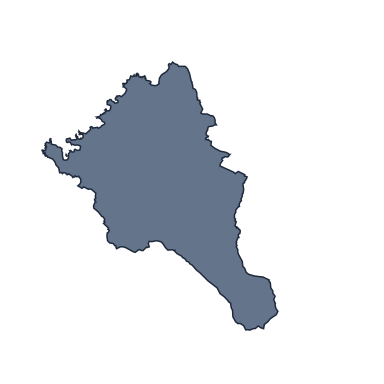 the district of Lombok Tengah, Nusa Tenggara Barat, Indonesia, rotated 130°
{"feature_id": "22746128B98880758851169", "entity_name": "Lombok Tengah", "entity_type": "district", "adm_level": 2, "iso_a3": "IDN", "parent_name": "Indonesia", "parent_adm1": "Nusa Tenggara Barat", "projection": "orthographic", "projection_center": [116.283, -8.682], "detail": "fine", "context": "isolated", "style": "filled", "palette": "slate", "viewbox_px": 384, "rotation_deg": 130, "n_neighbors": 0, "source": "geoboundaries", "source_scale": "gbopen_adm2", "svg_char_len": 6125}
<svg xmlns="http://www.w3.org/2000/svg" viewBox="0 0 384 384"><g transform="rotate(130 192 192)"><path d="M105.0,290.4L107.8,290.1L108.2,291.8L109.1,292.0L110.1,291.5L110.9,289.9L112.4,289.0L116.4,289.0L121.1,290.5L123.4,290.5L126.0,290.0L127.5,288.7L128.9,288.3L130.1,286.8L133.0,287.6L134.3,288.6L136.3,292.1L136.1,294.1L135.3,293.6L134.0,294.3L134.1,295.7L135.9,298.9L135.6,299.9L134.9,300.1L135.1,301.2L134.2,302.0L133.8,301.7L133.5,302.9L135.4,303.6L135.3,304.5L135.7,303.9L136.7,304.0L136.5,305.3L137.5,305.7L137.8,306.5L136.9,308.0L137.2,308.7L136.5,308.7L136.7,309.3L136.1,309.8L136.5,310.4L137.3,310.5L137.8,309.4L138.1,309.8L138.4,309.1L139.1,309.0L139.9,310.2L139.5,311.5L140.5,311.1L141.0,311.7L141.7,311.6L142.5,313.5L146.2,312.1L148.2,313.8L149.5,312.1L150.3,312.6L151.3,312.1L152.4,313.2L153.0,313.0L152.7,313.8L153.1,313.7L153.5,315.3L153.5,314.2L155.8,312.2L155.0,311.5L155.2,308.6L156.0,307.6L159.7,306.7L164.4,307.4L164.8,309.3L166.8,311.2L167.6,310.6L167.9,311.1L169.9,310.8L170.5,309.6L169.5,308.3L169.7,307.4L170.5,306.5L171.8,306.6L173.6,308.3L173.1,309.5L173.8,311.5L173.3,313.3L173.7,314.2L176.1,314.7L176.3,315.3L177.1,315.3L177.3,314.6L177.8,314.7L179.5,313.2L178.2,310.3L178.6,309.1L181.4,307.6L182.8,307.6L184.8,309.4L186.8,310.0L187.4,309.4L188.3,310.4L189.1,310.0L189.5,310.7L191.2,310.9L191.5,311.7L193.2,311.1L195.7,313.1L195.5,312.5L196.3,312.3L195.3,311.5L194.8,309.3L194.7,308.0L195.6,306.0L194.9,304.1L195.6,302.9L196.8,302.7L199.2,303.8L201.2,303.7L203.4,304.8L203.2,306.0L206.8,309.1L206.3,309.8L206.7,311.3L208.1,311.6L208.7,310.2L209.9,310.0L215.5,310.7L218.3,315.8L218.1,317.3L218.5,316.8L218.9,317.2L219.4,315.5L220.4,315.3L220.1,314.7L218.8,314.4L218.3,312.3L219.8,310.7L222.2,310.8L222.5,311.9L223.4,311.6L224.2,312.3L224.1,314.6L223.2,315.2L223.7,316.7L224.2,316.6L225.0,314.2L227.2,314.8L227.5,315.8L229.9,317.7L229.2,320.1L232.1,322.2L233.7,321.2L234.4,320.0L233.8,318.8L232.8,318.6L232.2,317.2L233.3,314.5L232.3,314.2L231.3,311.5L229.7,310.3L228.6,307.5L229.1,306.3L232.1,304.9L234.2,307.0L234.3,308.9L235.1,309.3L236.2,308.5L237.5,308.4L238.4,309.6L238.1,312.2L238.6,311.1L239.0,312.0L239.3,311.1L242.3,311.1L245.1,308.6L247.4,308.2L249.4,309.8L249.9,311.4L247.1,315.0L245.3,316.3L244.3,318.2L242.4,319.4L242.7,322.1L244.0,323.7L243.6,325.9L244.0,327.3L245.8,330.2L243.2,333.0L243.5,333.8L243.1,334.4L243.8,334.5L243.9,333.3L245.4,332.7L245.5,333.2L246.3,333.1L247.2,335.4L249.6,335.4L250.0,334.0L250.8,334.4L251.0,332.4L251.9,332.9L252.4,332.2L252.9,332.6L253.2,331.4L254.7,331.1L256.1,333.7L256.7,333.5L256.4,331.6L257.2,331.1L257.3,331.7L258.0,330.8L257.3,330.7L256.9,330.1L257.5,330.1L256.8,329.4L257.8,329.2L257.7,327.6L258.4,328.1L258.7,327.5L258.2,326.7L257.6,326.8L257.9,325.1L258.6,325.4L257.8,324.8L256.4,319.9L256.6,318.4L257.2,315.9L258.6,313.9L259.3,309.5L262.3,305.8L261.1,304.4L261.2,303.0L259.9,303.1L258.8,301.3L259.1,298.8L258.0,298.1L257.4,298.4L256.9,294.5L257.4,292.7L256.8,292.8L256.4,291.9L255.2,291.4L254.8,291.8L254.6,290.3L252.7,288.8L253.3,288.0L253.5,285.8L255.6,283.6L257.8,283.0L260.7,283.4L259.8,278.6L257.7,278.2L256.6,273.4L254.6,271.1L254.7,265.0L257.8,263.0L258.5,261.7L260.2,262.0L260.9,261.3L261.3,259.5L261.6,259.9L265.9,258.5L267.5,256.9L267.5,250.9L268.7,245.3L268.2,244.3L268.9,241.4L271.0,240.6L271.0,239.3L272.9,239.6L273.3,232.8L274.7,232.4L274.5,230.7L277.0,230.2L278.0,230.6L280.7,228.6L283.6,225.4L283.9,222.3L282.1,219.3L282.7,216.6L283.2,216.6L282.4,216.4L282.3,215.3L283.4,214.5L283.9,213.3L280.2,211.7L278.4,209.8L277.2,207.0L275.5,198.4L274.7,196.7L270.1,195.6L269.1,192.7L268.4,191.9L263.6,191.4L263.4,190.7L261.5,189.5L259.5,192.4L257.2,193.0L255.8,190.8L252.1,187.9L250.1,183.9L250.2,181.3L251.7,176.5L252.0,173.1L248.6,169.6L248.5,168.1L247.7,167.5L248.5,166.9L248.8,163.7L247.8,158.9L248.3,156.8L247.7,154.7L248.5,151.5L247.6,149.5L248.4,147.7L247.9,144.8L248.9,138.7L248.8,133.7L249.8,122.6L249.3,111.1L251.8,105.2L251.5,100.2L252.2,93.7L252.6,93.6L252.4,90.9L255.5,87.5L256.5,85.0L261.4,80.3L263.4,75.1L263.3,72.2L261.7,70.6L261.2,66.5L263.1,62.1L261.6,60.8L260.7,59.0L257.4,57.3L255.8,55.7L252.1,55.2L251.8,52.2L250.7,49.3L246.9,51.5L242.8,50.5L238.8,50.6L231.8,48.6L228.2,49.5L227.2,53.1L224.5,56.4L223.8,56.5L222.0,60.2L218.4,61.4L217.6,65.0L215.9,66.4L214.8,70.0L211.0,73.9L211.0,75.7L209.8,76.3L211.5,82.9L216.0,89.8L218.6,95.5L218.7,98.8L216.6,102.6L216.3,105.3L212.9,108.8L210.0,116.0L208.6,118.4L206.7,119.9L205.5,123.0L204.2,123.0L203.1,125.1L202.0,125.3L201.6,126.1L197.7,127.4L196.7,126.8L195.5,128.8L193.7,129.1L192.9,128.7L190.8,130.0L190.3,130.9L190.6,132.2L190.1,132.5L190.0,134.1L190.8,134.5L189.9,135.5L190.5,135.9L190.1,137.5L186.5,138.9L186.8,139.7L186.2,140.0L186.1,141.1L184.9,141.2L184.4,143.0L181.8,145.0L179.2,145.5L178.0,146.8L174.3,147.0L172.4,146.4L172.0,147.3L170.4,148.2L168.6,148.7L167.0,148.5L165.9,149.9L162.5,150.9L161.4,152.2L160.2,152.0L156.9,154.0L153.1,158.2L150.9,157.8L150.2,158.7L148.6,158.5L146.2,159.0L145.0,159.6L146.0,162.1L144.8,162.6L146.5,169.7L150.2,170.8L150.0,172.6L154.1,187.4L151.9,188.5L148.1,188.8L147.9,190.0L146.5,190.8L145.5,189.7L144.1,189.9L142.2,187.1L140.9,187.0L140.9,187.7L140.6,187.1L139.0,187.1L139.7,187.7L139.1,188.6L139.9,191.7L142.6,196.7L143.9,202.8L144.1,207.5L140.8,209.7L141.5,211.1L141.3,213.3L142.3,213.7L142.9,215.5L141.9,216.1L141.3,215.6L140.0,215.7L139.6,215.1L138.7,215.3L139.2,216.9L138.5,218.7L136.0,219.8L135.1,219.6L132.1,221.3L131.2,221.2L128.1,218.5L125.8,217.7L124.9,216.5L124.1,218.9L122.0,220.6L120.7,222.7L120.3,225.1L121.5,226.7L122.5,230.5L125.3,233.8L125.8,236.1L121.6,237.1L119.2,242.9L117.9,243.1L117.8,244.5L116.8,244.9L118.0,247.3L116.4,248.0L116.4,248.9L112.8,252.3L111.3,255.2L111.9,258.1L109.3,260.7L109.0,261.8L107.8,262.5L107.8,263.5L102.8,270.1L100.5,274.6L100.1,277.9L104.4,283.1L103.8,285.1L104.7,287.0L105.0,290.4ZM185.2,311.5L184.5,310.2L183.7,310.8L184.0,311.5L185.2,311.5ZM245.0,312.0L245.1,311.1L244.7,310.8L244.2,312.5L245.0,312.0ZM223.4,317.5L223.2,316.6L222.5,317.7L223.4,317.5ZM242.9,334.2L242.1,334.2L241.9,334.4L242.3,334.9L242.9,334.2Z" fill="#64748b" stroke="#1e293b" stroke-width="1.5"/></g></svg>